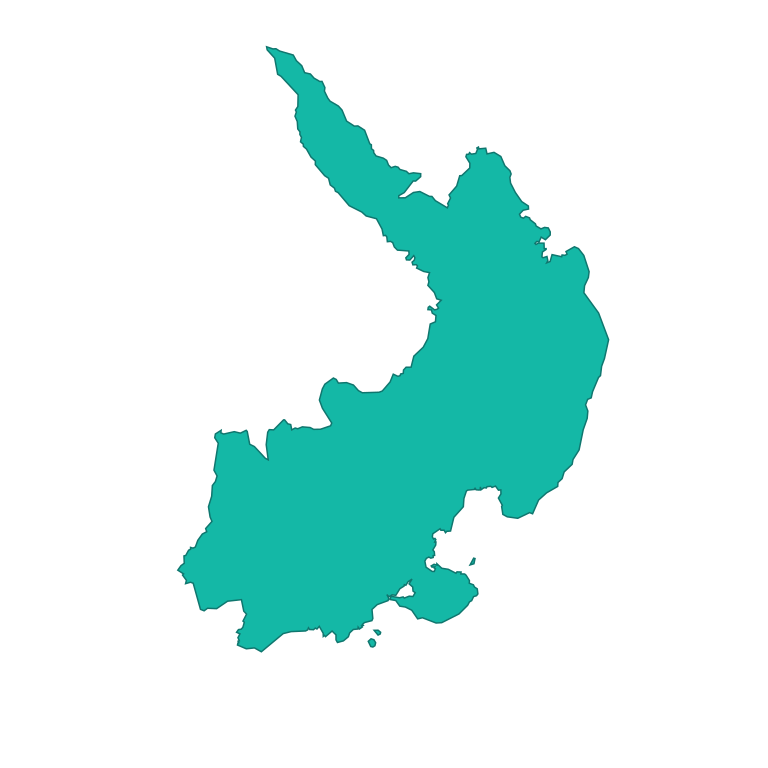 Jeneponto, Sulawesi Selatan, Indonesia, rotated 286°
{"feature_id": "22746128B64050318598962", "entity_name": "Jeneponto", "entity_type": "district", "adm_level": 2, "iso_a3": "IDN", "parent_name": "Indonesia", "parent_adm1": "Sulawesi Selatan", "projection": "mercator", "projection_center": [119.72, -5.545], "detail": "fine", "context": "isolated", "style": "filled", "palette": "teal", "viewbox_px": 768, "rotation_deg": 286, "n_neighbors": 0, "source": "geoboundaries", "source_scale": "gbopen_adm2", "svg_char_len": 6165}
<svg xmlns="http://www.w3.org/2000/svg" viewBox="0 0 768 768"><g transform="rotate(286 384 384)"><path d="M675.8,178.2L673.0,179.6L667.1,189.1L652.4,196.4L651.4,200.2L638.4,221.7L627.0,224.7L622.9,223.4L621.3,224.8L616.9,224.6L612.4,228.3L605.4,230.8L603.2,233.7L600.6,234.4L598.3,236.7L593.8,237.0L592.3,240.3L590.2,241.0L588.5,244.7L582.0,251.3L579.4,256.6L575.9,257.5L567.9,269.5L566.5,274.0L560.6,277.4L558.6,282.4L555.9,284.2L555.3,287.2L545.8,301.4L543.2,315.2L540.6,320.5L540.8,331.2L532.4,339.4L526.4,342.5L527.3,344.6L526.1,346.2L521.7,348.0L522.9,351.0L522.3,353.4L518.6,356.1L516.4,360.0L518.7,371.2L515.5,372.4L511.3,370.2L509.5,371.4L510.3,374.7L515.6,377.2L513.9,378.9L511.2,378.9L508.9,377.4L506.5,378.9L507.6,382.2L506.8,383.6L504.4,383.4L503.1,391.2L503.6,397.1L498.4,396.9L494.6,399.0L490.9,399.0L485.8,407.2L480.4,411.2L480.3,415.9L474.5,412.7L472.0,415.5L470.6,414.6L469.2,412.2L471.4,406.5L469.9,405.4L467.6,405.7L468.3,409.1L465.4,410.9L464.2,415.1L458.0,416.3L454.4,411.9L439.7,413.6L430.2,411.6L419.0,405.0L407.6,405.4L406.2,400.6L402.8,398.9L399.5,399.6L398.2,397.2L396.5,397.2L395.2,395.3L396.0,390.2L387.6,389.3L376.8,384.3L374.7,381.5L369.6,365.6L370.6,361.2L374.6,354.9L375.0,347.6L372.3,339.9L375.2,336.8L375.8,333.7L367.5,327.2L362.3,326.1L350.8,326.3L343.7,331.5L332.1,344.5L329.1,344.2L323.0,335.4L321.0,328.9L321.8,325.0L320.3,317.3L317.2,313.4L317.2,310.7L314.5,308.0L319.3,305.5L319.2,302.5L322.1,298.4L321.8,297.3L309.5,290.6L308.5,286.3L305.6,285.5L293.2,287.5L279.2,293.6L279.9,290.3L288.1,276.7L289.1,271.5L300.7,265.6L301.5,264.3L297.2,259.5L296.9,253.2L291.7,243.7L292.1,240.6L294.6,240.2L289.5,235.7L285.7,236.1L281.4,241.0L254.3,244.3L249.6,248.9L243.7,248.8L239.1,247.0L228.6,249.3L217.6,249.1L208.2,253.5L204.5,256.5L195.9,252.4L193.1,254.3L189.7,250.7L182.4,248.1L175.3,247.6L173.6,245.7L173.6,243.1L171.8,243.6L170.4,242.0L164.6,240.7L163.6,239.1L156.6,241.4L153.4,238.9L148.2,237.1L146.2,243.7L144.8,243.0L140.8,248.2L137.4,248.3L140.1,252.6L139.9,255.5L116.8,269.7L116.4,273.6L119.8,276.2L121.9,285.0L132.1,293.5L137.4,306.4L127.0,311.8L124.9,315.3L117.2,313.8L116.5,315.4L111.3,315.4L109.0,314.4L107.8,311.8L104.7,310.7L104.1,314.4L99.9,313.5L97.3,315.7L96.5,314.6L95.3,315.7L94.8,315.0L92.7,315.1L91.5,324.6L94.6,332.2L92.8,339.9L116.3,355.9L120.4,363.0L125.0,376.7L126.6,378.4L128.8,378.6L127.5,380.2L128.4,384.0L130.4,385.2L130.0,387.1L133.2,388.6L127.7,394.2L124.7,395.2L125.9,395.9L125.0,397.4L132.2,402.2L129.6,407.0L124.8,408.4L122.7,410.5L125.9,415.8L131.2,419.4L135.3,419.6L139.6,422.2L141.3,426.5L143.1,426.2L141.7,427.9L144.4,430.1L145.3,429.1L146.2,430.6L146.9,429.5L149.3,431.0L153.2,437.6L155.5,437.9L164.0,434.6L170.1,438.3L176.9,447.6L179.3,447.6L182.4,444.8L180.9,447.4L183.6,449.9L184.1,453.6L191.6,455.7L195.3,459.0L196.7,458.9L196.6,460.5L200.5,461.6L204.2,464.7L198.8,463.2L196.8,467.5L192.9,469.0L192.0,471.5L187.7,470.4L187.0,466.7L183.8,462.5L184.6,461.1L182.8,457.9L181.9,449.3L178.5,449.2L179.1,455.0L174.8,460.4L175.5,466.0L174.2,473.0L167.5,481.1L169.9,485.4L168.6,499.9L170.5,505.3L183.7,519.5L194.3,525.4L198.1,526.2L199.9,528.0L204.3,528.7L206.0,531.3L208.1,532.1L212.8,530.1L213.8,526.9L215.6,525.3L216.0,520.9L218.6,520.3L222.9,515.5L223.6,513.9L222.6,510.2L224.5,509.9L223.5,505.9L221.9,505.3L223.6,496.9L222.8,490.3L225.8,484.4L224.5,484.8L224.5,481.8L222.1,479.5L221.2,480.6L222.2,483.2L221.0,482.9L220.6,484.3L217.7,484.0L217.1,481.9L219.5,474.9L225.0,472.1L228.1,472.8L230.0,474.8L229.5,477.0L230.8,479.1L232.6,478.6L233.2,479.9L236.6,478.6L238.0,476.7L243.4,478.1L246.4,477.5L246.0,476.3L248.7,476.7L249.6,475.5L248.6,474.4L250.4,472.6L253.5,472.2L260.3,477.8L259.1,479.0L260.0,482.1L258.0,484.1L259.7,485.0L261.0,488.5L275.1,487.9L287.9,494.1L295.9,492.4L303.9,492.7L305.1,493.8L307.8,500.6L309.3,499.8L307.7,501.8L308.3,504.7L308.9,505.6L311.7,505.0L309.0,506.4L311.9,508.7L312.3,511.1L313.7,511.3L315.1,514.8L314.4,516.4L316.6,519.3L313.5,523.3L314.4,525.5L310.6,526.7L305.9,525.4L300.0,531.2L298.8,530.8L291.4,534.2L290.3,539.1L291.8,549.6L300.5,559.4L300.2,562.6L315.1,564.6L324.2,570.3L333.4,579.2L337.3,578.4L342.1,581.3L349.1,581.4L358.7,587.0L363.5,586.5L374.4,589.7L394.9,588.1L407.0,588.8L414.2,587.4L419.5,583.5L425.4,584.0L427.8,587.0L434.0,586.6L449.4,588.4L451.7,589.8L461.0,588.3L469.3,588.9L488.5,587.7L511.4,570.7L526.8,551.0L533.8,549.7L542.7,551.1L548.5,550.2L562.7,540.6L567.8,533.6L568.4,529.2L561.5,522.4L559.3,524.2L557.6,522.6L557.1,519.6L555.3,519.7L554.7,509.9L547.5,509.9L545.3,507.0L547.7,507.5L551.5,505.5L549.2,502.1L549.8,500.7L554.6,499.9L558.0,502.7L558.8,502.5L558.2,500.7L563.5,499.0L562.0,493.6L560.0,491.6L560.8,490.3L563.1,491.5L563.7,493.9L568.5,494.6L567.2,499.4L573.0,502.7L576.0,501.9L579.3,498.9L578.8,495.2L576.4,492.1L577.8,486.7L579.7,485.4L582.2,479.3L583.8,478.1L584.2,474.0L581.8,472.3L582.1,469.4L584.6,467.4L589.4,469.9L592.0,474.7L594.9,473.7L597.3,466.1L604.3,457.5L612.0,450.3L617.3,448.0L620.9,448.3L623.7,446.3L627.1,440.0L634.9,433.6L637.0,425.9L633.6,419.6L638.7,416.8L636.2,410.4L637.8,409.5L636.5,408.2L635.1,409.2L630.9,408.7L629.0,404.6L630.0,402.5L628.2,402.1L627.5,400.1L625.0,400.1L619.9,405.7L615.3,406.9L605.8,401.3L605.1,399.4L594.3,399.3L583.7,394.4L581.1,396.7L574.8,395.5L573.7,396.7L570.8,396.3L574.4,382.8L577.5,378.4L576.9,375.9L578.9,365.4L576.2,359.5L568.8,353.1L567.0,346.9L569.1,346.3L573.6,350.7L587.2,356.1L587.8,358.5L593.4,362.1L596.3,361.3L595.1,354.1L593.0,350.0L594.6,346.9L594.6,340.2L596.3,337.8L596.3,334.8L593.9,331.2L595.7,328.0L599.7,324.9L600.9,321.1L601.0,313.5L603.5,310.4L605.7,309.6L606.7,307.1L610.5,305.9L611.0,304.1L622.6,295.4L624.9,287.8L623.7,284.4L626.4,275.6L635.7,268.2L638.6,263.6L641.0,254.2L643.3,251.2L649.1,246.0L652.6,245.5L657.8,241.0L657.1,238.9L658.7,232.5L661.7,227.8L661.4,221.9L667.3,217.2L670.6,210.7L675.2,206.1L675.3,191.9L676.5,187.7L675.5,184.9L675.8,178.2ZM132.3,439.8L128.0,443.6L128.1,445.8L129.9,447.4L133.0,447.3L135.4,444.8L135.5,441.8L132.3,439.8ZM144.4,449.2L145.7,446.2L144.5,442.4L141.0,447.5L142.7,449.3L144.4,449.2ZM241.3,518.2L233.8,516.6L236.0,520.0L241.3,519.6L241.3,518.2Z" fill="#14b8a6" stroke="#0f766e" stroke-width="1.5"/></g></svg>